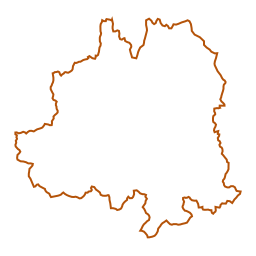 Lipis, Pahang, Malaysia
{"feature_id": "92858781B59638700004022", "entity_name": "Lipis", "entity_type": "district", "adm_level": 2, "iso_a3": "MYS", "parent_name": "Malaysia", "parent_adm1": "Pahang", "projection": "albers", "projection_center": [101.906, 4.344], "detail": "fine", "context": "isolated", "style": "outline", "palette": "amber", "viewbox_px": 256, "rotation_deg": 0, "n_neighbors": 0, "source": "geoboundaries", "source_scale": "gbopen_adm2", "svg_char_len": 5578}
<svg xmlns="http://www.w3.org/2000/svg" viewBox="0 0 256 256"><path d="M52.7,73.3L53.4,77.7L53.4,80.4L52.9,82.5L52.2,83.8L51.6,85.6L50.7,87.0L50.7,89.2L52.3,92.4L53.4,94.3L53.1,96.3L52.5,98.2L53.5,99.9L55.5,100.6L56.7,101.7L55.9,103.5L55.9,105.4L56.5,106.6L56.5,107.8L56.7,108.9L57.7,110.8L57.6,112.5L56.5,113.7L55.0,114.9L53.5,116.5L53.7,118.5L51.9,121.2L52.0,123.3L51.7,125.1L49.8,125.2L48.3,124.5L44.8,123.9L44.2,125.2L42.4,127.5L41.1,128.1L39.3,128.7L37.2,129.3L35.5,130.3L33.8,131.4L31.3,130.8L29.5,130.9L27.8,132.0L26.2,133.5L25.0,132.4L23.2,131.8L20.8,132.9L18.7,133.3L16.7,132.4L15.4,132.5L15.4,134.3L16.9,135.3L16.7,136.3L16.4,137.3L16.9,138.3L17.0,138.9L16.3,140.0L15.8,140.8L16.1,141.8L16.2,142.8L15.4,144.9L15.7,146.5L18.0,149.1L19.4,150.0L20.3,151.7L19.2,153.3L17.5,154.9L17.1,158.0L17.5,159.6L20.6,161.3L23.4,161.5L26.0,162.2L28.3,163.4L30.7,163.4L32.8,163.9L32.5,165.5L30.9,167.4L29.5,168.8L29.2,171.4L28.8,173.7L28.8,176.3L30.4,178.6L33.9,186.8L35.3,186.4L36.8,184.7L38.2,184.4L39.5,186.1L44.0,188.5L44.9,188.9L45.4,190.6L46.6,192.1L49.3,193.7L50.0,195.4L51.0,197.1L58.0,195.7L59.6,195.2L61.0,194.6L62.1,193.4L63.3,192.5L64.9,193.9L66.9,195.1L69.0,196.0L71.8,196.9L73.9,197.0L75.6,196.7L77.5,197.3L79.5,198.4L81.3,198.1L83.7,196.1L84.9,194.5L85.6,192.7L87.6,192.7L88.5,191.6L91.0,191.2L91.8,190.0L91.0,188.0L91.8,186.5L94.3,187.1L96.1,189.7L97.5,190.6L99.9,192.5L100.7,194.8L102.8,195.7L105.0,195.8L106.4,195.7L107.7,195.2L108.6,195.2L109.4,197.2L109.5,199.9L110.3,203.4L110.9,208.2L113.1,208.2L115.8,208.9L117.2,210.0L119.4,209.5L121.1,208.5L122.1,206.5L122.6,204.6L123.8,202.8L125.3,201.3L127.1,199.9L127.1,198.4L128.3,196.7L129.8,198.2L132.0,198.1L133.1,196.9L134.1,194.2L134.0,192.5L133.8,190.7L136.7,190.3L138.7,191.8L140.2,193.4L142.6,194.2L144.1,194.2L146.0,194.9L145.4,196.7L146.9,198.8L145.7,200.7L145.3,203.4L143.9,205.3L142.7,207.1L144.1,208.8L145.1,210.7L146.0,213.0L148.0,214.3L149.0,215.5L149.6,217.3L149.0,220.0L147.1,221.2L145.7,222.7L143.8,224.4L142.6,226.3L141.4,228.9L140.3,230.7L141.8,230.8L143.9,231.6L145.4,233.1L147.2,235.4L147.7,237.3L149.3,237.3L152.2,236.7L154.6,235.8L156.2,234.1L157.7,231.4L158.2,228.6L160.4,225.9L161.0,224.8L162.4,223.2L164.2,222.1L166.4,220.5L168.5,222.7L170.1,224.2L171.9,224.7L173.5,224.1L174.9,224.1L176.2,224.1L178.2,224.7L180.1,224.5L182.5,223.8L185.2,223.2L187.0,222.6L188.4,220.5L190.2,217.6L192.0,216.3L191.5,214.5L189.9,212.7L187.8,211.6L186.3,210.9L184.9,210.7L183.3,208.8L182.5,207.0L182.7,206.0L183.4,204.6L183.6,203.2L184.1,201.9L183.7,200.7L183.0,199.3L183.1,197.9L184.8,197.5L185.8,197.9L187.4,197.6L188.5,196.9L189.7,197.6L190.2,198.7L191.9,200.2L194.3,200.7L196.4,200.6L198.0,203.6L198.3,204.8L198.7,207.5L200.8,207.4L202.4,206.9L202.4,208.4L203.1,209.6L204.9,209.8L206.8,209.7L208.2,209.6L209.6,210.1L211.4,210.2L211.5,211.5L212.0,212.9L213.2,213.7L214.1,212.6L215.4,211.6L215.8,210.3L215.6,208.7L215.5,206.9L216.9,207.2L219.6,207.6L220.3,206.5L220.5,205.0L222.2,203.3L222.8,203.5L225.9,203.6L226.7,202.1L227.3,200.9L229.8,201.2L232.2,203.0L234.0,200.2L234.3,199.6L236.3,197.6L237.9,195.5L240.0,193.9L240.6,191.5L238.8,191.3L236.6,190.9L235.8,189.4L234.9,187.3L233.1,186.2L230.9,186.2L229.1,187.4L227.3,187.4L225.0,186.5L224.0,184.9L223.8,183.1L222.8,181.7L223.1,180.1L224.4,178.6L225.0,176.8L225.6,174.0L226.5,173.0L227.6,171.2L228.5,169.2L228.5,167.3L228.6,162.8L227.1,162.0L226.7,159.6L225.2,157.8L223.1,155.1L221.8,153.8L222.6,151.2L222.4,149.1L221.7,147.6L220.0,146.6L219.4,144.8L220.5,143.0L219.7,141.2L218.2,140.3L217.8,138.0L219.1,135.9L219.3,134.4L217.8,134.0L217.8,133.1L218.2,131.1L216.0,131.7L214.6,132.2L214.0,130.5L214.3,128.7L215.4,126.7L216.0,124.6L214.8,123.0L213.4,122.1L213.0,120.7L213.0,118.0L213.3,116.1L215.2,114.4L215.1,113.1L214.2,111.3L214.3,108.6L217.0,108.1L218.4,108.3L220.0,107.8L219.6,107.2L219.7,105.6L222.3,105.7L224.5,105.7L224.4,104.4L223.2,103.0L221.4,101.4L220.3,99.3L221.2,97.3L221.4,96.0L222.3,93.0L222.9,91.2L223.5,88.8L223.5,86.4L223.9,84.6L225.3,83.2L225.6,82.0L224.7,80.5L223.2,79.6L222.1,78.1L220.6,75.1L217.6,71.2L214.8,65.3L214.5,63.7L214.9,61.3L216.0,58.1L217.2,53.2L214.8,53.4L211.3,51.7L209.7,49.6L206.6,47.5L204.0,44.9L204.0,41.2L199.8,37.2L194.6,34.6L191.8,30.9L191.6,28.1L190.9,24.1L189.5,21.3L187.6,20.3L185.3,21.3L181.7,22.4L178.5,23.8L176.1,24.6L173.5,24.3L172.6,26.2L171.4,28.3L169.1,28.3L167.9,26.0L166.3,24.8L164.9,26.2L162.5,25.5L160.6,22.9L159.7,19.6L157.8,18.9L156.4,21.0L155.7,23.1L154.1,24.1L152.4,22.7L151.5,20.8L149.1,18.7L146.1,20.3L146.1,25.0L146.8,28.3L147.0,30.4L146.3,33.2L144.9,38.6L144.2,40.7L144.0,42.8L143.5,45.0L142.1,46.1L140.2,47.5L138.8,50.4L138.1,52.2L137.4,55.0L136.3,58.3L132.0,57.4L131.6,55.7L130.6,52.5L129.9,49.6L131.3,46.8L131.1,45.0L129.4,42.8L127.3,42.1L125.2,41.0L124.5,38.2L123.6,38.4L121.9,39.6L120.1,39.1L119.1,36.5L119.4,33.5L118.9,30.9L117.3,30.4L115.4,31.4L113.3,31.4L112.6,28.5L112.6,26.7L113.0,23.9L112.0,19.5L111.6,20.5L110.0,19.7L106.5,19.1L106.2,19.4L105.8,21.1L103.8,21.1L102.2,20.2L101.9,22.0L100.7,24.1L100.4,26.3L100.5,31.3L101.1,33.2L100.8,34.9L100.1,36.4L99.8,37.6L99.8,39.4L99.9,41.5L100.8,43.4L100.5,45.7L99.5,47.5L99.2,49.7L98.9,52.0L98.4,53.4L98.1,54.9L96.9,55.8L95.7,55.6L95.6,57.7L95.0,58.8L92.4,58.2L89.4,56.1L87.9,57.0L88.4,58.0L87.2,59.1L85.4,59.4L83.3,60.0L80.5,61.7L78.9,61.8L77.5,62.5L76.0,63.0L74.8,62.7L74.2,63.7L73.7,64.8L73.0,66.1L72.6,69.2L71.9,70.4L70.6,71.4L68.3,72.7L67.1,72.6L65.7,72.1L64.5,72.4L63.9,73.4L62.2,74.4L61.1,75.6L60.2,74.6L59.7,73.4L59.3,72.2L57.9,71.5L57.0,71.9L55.7,72.1L54.6,72.2L53.9,72.9L52.7,73.3Z" fill="none" stroke="#b45309" stroke-width="2"/></svg>